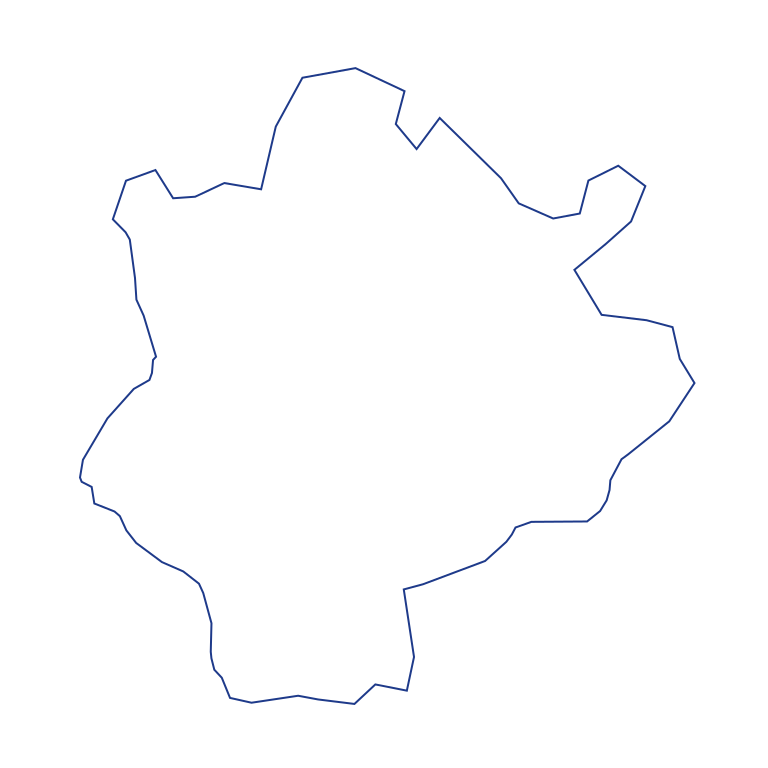 an SVG outline of Talsi, rotated 356°
{"feature_id": "LVA-1091", "entity_name": "Talsi", "entity_type": "Municipality", "adm_level": 1, "iso_a3": "LVA", "parent_name": "Latvia", "parent_adm1": "", "projection": "albers", "projection_center": [22.585, 57.256], "detail": "fine", "context": "isolated", "style": "outline", "palette": "blue", "viewbox_px": 768, "rotation_deg": 356, "n_neighbors": 0, "source": "natural_earth", "source_scale": "10m", "svg_char_len": 1142}
<svg xmlns="http://www.w3.org/2000/svg" viewBox="0 0 768 768"><g transform="rotate(356 384 384)"><path d="M632.9,182.6L658.5,204.8L641.8,239.1L615.1,259.7L581.9,283.4L605.9,330.2L650.4,338.7L675.8,347.4L680.8,379.6L693.8,404.7L666.0,441.1L622.8,471.1L615.7,475.6L603.1,495.8L601.6,505.5L598.0,515.6L590.7,525.8L577.0,535.3L521.4,531.8L505.2,536.3L501.0,543.1L495.0,550.0L472.5,567.6L408.9,586.5L389.4,590.3L394.9,658.4L385.4,691.5L354.4,683.1L332.2,701.1L296.3,694.1L276.6,689.0L229.6,692.7L208.5,686.4L201.7,665.7L194.8,657.2L192.7,645.6L192.5,639.1L195.2,610.6L189.1,579.9L185.5,570.3L170.7,557.0L150.1,546.2L125.7,525.3L116.8,512.1L111.3,497.4L106.3,492.4L86.7,483.0L85.2,466.3L75.6,460.5L74.2,456.1L78.4,438.6L105.7,399.0L134.1,371.4L150.3,363.6L153.3,356.8L155.3,343.9L158.5,340.9L149.0,299.0L142.9,282.6L143.0,260.9L140.5,222.2L136.8,214.6L125.0,200.8L140.8,163.2L170.9,154.6L186.6,184.0L208.7,184.0L238.7,172.4L275.0,181.2L294.0,119.7L324.0,72.8L377.6,66.9L424.9,93.3L413.9,125.5L432.9,151.9L458.1,122.5L515.1,186.9L531.0,213.2L564.3,230.7L591.2,227.6L602.1,195.3L632.9,182.6Z" fill="none" stroke="#1e3a8a" stroke-width="2"/></g></svg>